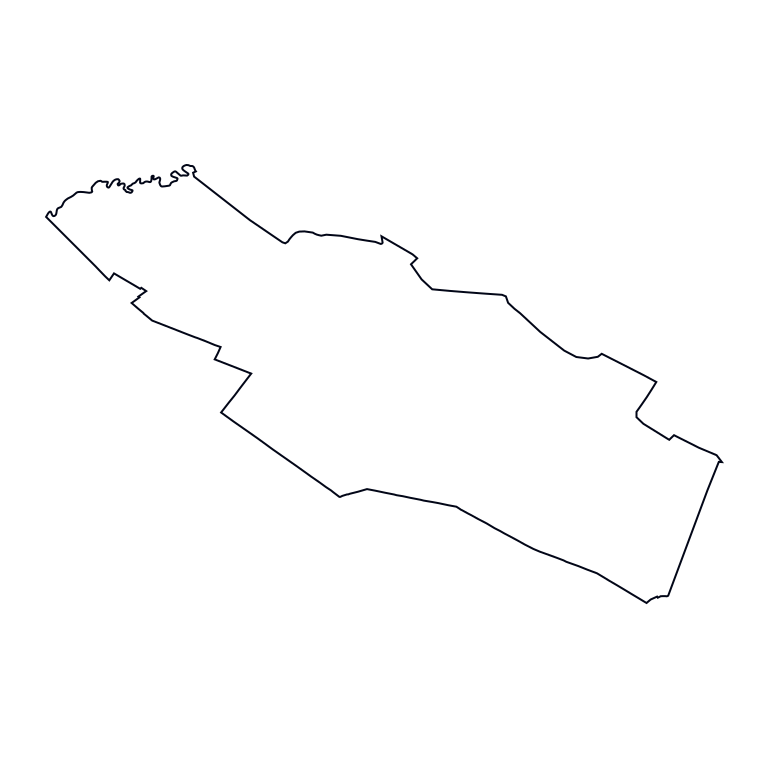 the district of Berliste, Caras-Severin, Romania
{"feature_id": "2599482B52543575590530", "entity_name": "Berliste", "entity_type": "district", "adm_level": 2, "iso_a3": "ROU", "parent_name": "Romania", "parent_adm1": "Caras-Severin", "projection": "robinson", "projection_center": [21.411, 44.985], "detail": "fine", "context": "isolated", "style": "outline", "palette": "ink", "viewbox_px": 768, "rotation_deg": 0, "n_neighbors": 0, "source": "geoboundaries", "source_scale": "gbopen_adm2", "svg_char_len": 5143}
<svg xmlns="http://www.w3.org/2000/svg" viewBox="0 0 768 768"><path d="M601.7,353.8L597.8,356.8L588.1,358.5L576.3,357.0L564.2,350.6L540.2,331.9L520.2,313.3L514.5,308.8L508.1,302.8L505.9,296.4L502.0,294.8L484.6,293.6L467.1,292.3L449.7,290.9L432.2,289.3L421.6,279.4L411.0,264.3L417.2,258.3L412.6,254.4L381.5,236.3L382.6,242.5L382.4,243.1L382.0,243.5L381.4,243.8L380.6,243.9L375.3,241.9L366.7,240.6L358.0,239.2L349.4,237.5L340.8,235.8L326.3,234.7L321.3,235.7L319.0,235.2L316.8,234.6L314.7,233.7L312.8,232.6L304.5,231.4L299.3,231.6L295.7,232.8L295.0,233.4L292.9,235.2L291.1,237.2L289.4,239.3L287.9,241.6L285.3,243.3L282.4,242.3L250.0,220.2L194.1,176.6L193.1,172.7L195.9,171.4L195.6,171.0L195.1,170.2L194.1,167.5L193.6,166.9L193.0,166.4L192.6,166.1L191.5,166.0L190.5,166.0L190.1,165.9L188.5,165.2L187.9,165.1L186.5,165.0L185.7,165.2L184.8,165.5L183.8,166.0L183.1,166.5L182.5,167.2L182.3,167.8L182.3,168.3L182.3,168.7L182.5,169.1L183.2,170.0L184.6,171.1L188.1,173.5L188.3,173.7L188.4,174.0L188.4,174.3L188.3,174.6L188.0,174.9L187.4,175.4L187.0,175.6L183.6,175.4L182.9,175.4L181.6,175.7L180.9,175.7L180.6,175.6L180.3,175.4L176.9,172.5L176.3,171.9L176.0,171.7L175.3,171.4L174.9,171.4L174.2,171.6L173.0,172.4L172.2,173.0L171.6,173.6L171.4,173.9L171.2,174.3L171.2,175.0L171.4,175.7L171.8,176.1L173.2,176.8L176.9,178.0L177.3,178.3L177.5,178.6L177.4,179.3L176.9,180.5L176.6,180.7L176.0,181.0L174.1,181.3L171.8,182.4L171.3,182.8L171.0,183.1L170.5,184.0L170.1,185.0L169.8,185.3L169.5,185.5L168.9,185.7L164.8,186.3L162.2,186.5L161.6,186.4L161.2,186.2L160.8,185.9L160.2,185.0L159.5,183.1L159.4,182.3L160.0,180.3L160.2,179.1L160.1,178.4L159.9,178.0L159.7,177.7L158.9,177.4L158.3,177.6L155.3,179.2L154.8,179.3L154.1,179.4L153.8,179.3L153.6,179.1L153.5,178.8L153.3,178.0L153.7,176.3L153.6,176.1L153.5,175.9L153.3,175.8L152.7,175.8L152.3,175.9L152.0,176.1L151.6,176.6L151.5,179.5L151.3,180.4L151.1,181.2L150.7,181.8L150.4,182.0L149.9,182.1L149.2,182.0L148.1,181.7L147.2,181.5L146.2,181.5L145.4,181.7L144.5,182.1L144.1,182.4L143.5,183.0L143.1,183.2L141.4,183.4L140.8,183.3L140.4,183.0L140.1,182.7L140.1,182.3L140.2,179.0L140.1,178.7L139.8,178.6L139.5,178.6L139.2,178.7L138.8,178.9L137.6,179.9L136.3,181.3L135.8,182.1L135.4,182.5L133.9,183.3L132.9,183.6L132.5,183.9L131.0,185.4L130.7,185.5L129.7,185.9L129.3,186.1L128.0,186.9L127.6,187.3L127.5,187.8L127.6,188.0L128.0,188.5L129.8,189.5L130.9,189.8L132.1,190.2L132.4,190.3L132.5,190.5L132.5,190.8L132.4,191.2L131.8,192.1L131.4,192.5L130.4,192.8L130.0,192.8L128.1,192.1L126.8,192.0L126.5,191.8L125.6,191.0L125.5,190.3L125.3,190.1L124.4,189.6L123.8,189.1L123.6,188.6L123.6,188.1L123.7,187.7L124.5,186.2L124.7,185.5L124.5,184.2L124.0,183.7L123.5,183.5L122.7,183.5L121.5,183.7L121.0,183.8L120.6,184.0L119.9,184.7L119.6,185.0L118.8,185.4L118.5,185.4L118.2,185.3L118.0,185.0L117.9,184.7L117.7,184.3L117.7,184.0L117.8,183.7L118.8,182.9L119.5,181.6L119.6,181.3L119.6,181.1L119.4,180.5L118.7,179.6L118.4,179.3L118.0,179.2L117.5,179.2L116.3,179.3L115.0,179.8L114.1,180.4L113.3,181.1L112.8,181.6L112.2,182.5L109.4,187.0L109.1,187.3L108.8,187.5L108.1,187.5L107.8,187.3L107.2,186.9L106.9,186.2L106.8,185.9L106.8,185.3L106.9,184.8L107.8,182.7L107.8,182.1L107.7,181.9L106.3,181.7L102.5,181.8L101.8,181.6L101.4,181.2L100.8,180.9L100.4,180.8L99.8,180.9L97.9,181.3L95.7,182.8L92.2,186.8L91.7,187.8L91.8,189.9L92.2,191.5L91.8,192.1L91.3,192.4L89.3,192.8L83.8,192.1L80.4,191.9L79.0,192.0L77.9,192.1L76.6,192.6L73.1,195.6L70.8,197.0L69.4,197.7L67.8,198.5L65.8,200.0L64.8,200.9L63.6,202.5L62.5,205.0L61.4,206.7L61.0,207.0L58.8,207.9L58.1,208.2L57.2,209.2L56.8,210.4L56.3,213.6L56.0,214.4L55.6,215.1L54.9,215.7L54.3,216.0L53.4,216.1L53.0,215.9L52.6,215.6L52.0,214.6L51.0,212.2L50.8,211.8L50.4,211.6L50.1,211.6L49.6,211.8L49.1,212.2L48.1,213.4L46.1,216.9L95.7,266.5L99.2,270.2L105.2,276.4L109.3,280.3L114.0,273.4L140.2,288.8L141.3,287.8L146.2,291.1L138.4,296.6L139.4,297.4L131.6,303.0L138.1,308.6L143.5,313.1L143.7,313.6L152.2,320.6L187.8,334.5L195.4,337.4L197.0,337.9L205.8,341.3L214.7,345.0L220.6,347.0L217.9,353.1L214.7,359.4L242.5,370.2L251.2,373.6L247.1,378.9L240.3,387.8L234.4,395.7L228.9,402.5L221.1,412.5L233.1,421.2L257.4,438.2L273.3,449.8L296.7,466.2L311.3,476.7L319.1,482.1L326.0,487.1L331.0,490.4L333.1,492.1L339.4,496.9L340.3,496.9L342.3,495.9L347.1,494.4L348.2,494.4L349.7,493.8L358.1,491.7L367.0,489.1L374.9,490.6L380.2,491.7L384.9,492.7L394.1,494.5L396.6,495.2L402.8,496.2L410.7,497.9L413.9,498.5L420.6,499.8L423.8,500.6L432.2,502.0L438.3,503.1L448.7,505.3L456.4,506.7L459.8,508.9L460.7,509.6L461.8,510.1L468.0,513.5L471.1,515.1L478.3,519.1L486.6,523.4L494.6,528.2L500.1,531.0L504.1,533.3L517.6,540.5L524.9,544.6L533.3,548.9L539.9,551.7L556.5,557.7L563.6,560.4L566.3,561.8L571.1,563.5L578.4,566.1L587.4,569.7L597.0,573.3L609.7,581.0L615.9,584.6L623.6,589.2L631.2,593.8L638.9,598.4L646.5,603.0L650.7,599.5L657.1,596.6L657.8,597.7L660.8,596.2L664.8,596.1L666.9,596.3L668.2,595.7L707.4,490.4L718.8,461.9L721.9,462.1L716.6,455.2L698.8,447.7L674.0,435.2L669.2,439.8L643.4,423.8L636.5,417.2L636.5,411.8L641.7,404.5L646.8,397.1L651.6,389.6L656.3,382.0L643.5,375.1L601.7,353.8Z" fill="none" stroke="#020617" stroke-width="2"/></svg>